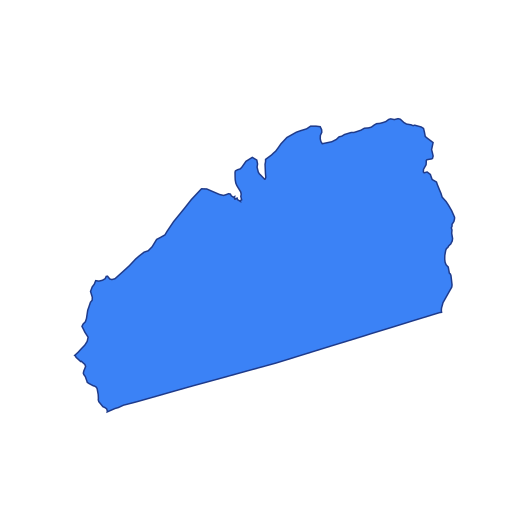 Kongolo, Katanga, Democratic Republic of the Congo (Mercator projection), rotated 163°
{"feature_id": "63176286B90330150002289", "entity_name": "Kongolo", "entity_type": "district", "adm_level": 2, "iso_a3": "COD", "parent_name": "Democratic Republic of the Congo", "parent_adm1": "Katanga", "projection": "mercator", "projection_center": [26.751, -5.433], "detail": "fine", "context": "isolated", "style": "filled", "palette": "blue", "viewbox_px": 512, "rotation_deg": 163, "n_neighbors": 0, "source": "geoboundaries", "source_scale": "gbopen_adm2", "svg_char_len": 3977}
<svg xmlns="http://www.w3.org/2000/svg" viewBox="0 0 512 512"><g transform="rotate(163 256 256)"><path d="M288.5,336.2L301.3,328.9L310.5,322.5L324.7,313.0L333.7,305.7L336.9,302.8L342.4,301.6L346.2,300.9L352.6,295.2L357.6,292.5L361.9,292.4L367.7,290.2L372.0,288.3L380.0,283.7L391.0,278.5L397.5,275.5L400.7,275.6L402.5,276.7L403.9,280.1L405.2,280.3L406.9,278.4L409.9,277.7L413.6,277.9L416.5,279.3L418.9,276.3L421.6,274.4L424.6,270.5L424.6,264.4L425.6,261.6L427.8,260.2L429.4,258.0L430.3,256.7L432.8,253.3L436.4,245.8L438.4,243.0L441.2,241.5L443.0,239.6L442.3,235.6L442.0,233.5L440.3,227.4L442.4,223.7L445.8,220.8L450.8,218.0L454.3,215.9L458.5,213.9L457.9,213.1L457.7,211.8L457.7,211.7L454.5,206.3L454.2,206.3L453.8,206.4L451.4,202.4L451.2,200.3L452.7,198.3L454.3,196.4L455.4,194.4L455.3,192.9L454.5,190.6L454.3,186.0L454.3,184.5L453.0,182.9L449.4,179.3L448.6,179.0L447.3,177.5L447.2,177.4L446.7,175.7L447.4,169.6L448.3,166.1L448.9,164.5L448.9,162.6L446.5,156.7L444.7,155.1L443.5,153.5L443.5,152.3L443.5,151.2L443.9,150.4L435.3,151.4L432.1,151.3L426.2,152.1L424.7,152.0L413.4,151.5L409.5,151.4L378.5,150.8L374.0,150.7L373.1,150.7L358.4,150.4L356.1,150.3L354.3,150.3L342.1,149.9L302.9,148.8L298.4,148.7L268.6,147.8L266.0,147.8L265.7,147.8L265.1,147.8L264.6,147.8L262.5,147.8L210.7,148.0L181.2,148.0L176.0,148.0L169.4,148.1L149.0,148.1L144.1,148.1L124.1,148.2L105.7,148.2L97.3,148.2L95.0,147.9L94.7,149.7L93.8,152.0L93.7,152.2L93.1,153.1L91.7,155.3L90.7,156.9L90.3,157.2L83.6,163.6L78.0,168.9L77.8,169.2L77.4,170.1L77.0,171.0L76.0,176.3L75.3,180.3L75.3,180.5L75.4,181.9L76.1,183.1L75.4,189.3L75.7,189.8L76.2,190.8L76.8,192.1L76.9,193.5L77.0,194.8L76.5,197.6L76.0,199.2L75.3,201.3L74.0,203.9L73.1,205.6L72.9,206.0L72.4,206.6L71.6,207.5L70.7,207.8L69.9,208.2L69.7,208.4L69.3,208.8L69.2,208.9L69.2,209.0L68.8,209.3L67.1,210.2L66.8,210.3L66.2,210.6L65.4,211.5L64.4,212.5L64.0,212.9L62.9,215.2L62.3,220.0L62.3,220.3L61.0,223.6L61.0,224.7L61.0,225.8L60.8,226.0L59.8,227.2L59.7,227.6L59.3,228.9L59.2,229.1L58.4,229.7L57.0,230.9L56.7,231.1L55.8,232.6L55.4,233.3L55.0,234.2L54.8,235.0L55.6,241.9L57.0,248.0L58.3,252.5L60.8,257.9L60.8,261.6L61.2,265.6L61.7,271.2L61.8,274.0L65.2,277.7L65.4,281.9L65.4,283.0L67.8,286.3L70.9,286.4L71.4,287.4L70.5,289.9L68.0,292.3L66.7,293.5L65.7,296.1L65.3,297.5L64.4,298.1L61.8,297.8L59.7,297.5L58.7,297.7L57.4,299.8L57.1,303.6L57.0,306.4L54.6,310.7L53.5,312.7L57.7,318.5L59.2,320.8L58.7,325.5L58.5,329.0L60.3,331.1L66.0,334.7L67.6,334.7L68.8,335.6L69.3,336.1L70.5,336.7L71.5,337.2L73.6,338.2L74.2,339.0L75.5,340.3L77.7,344.1L78.1,344.7L80.0,345.8L83.8,346.0L86.6,347.5L87.0,347.7L87.3,347.8L89.2,347.8L92.5,346.6L95.1,346.5L95.4,346.5L98.8,346.6L102.0,347.3L104.7,346.7L106.9,345.9L108.0,345.5L111.0,345.6L115.0,346.5L117.3,346.0L118.9,345.6L119.3,345.6L124.8,345.5L126.3,345.5L128.8,346.3L129.0,346.3L133.5,346.3L135.9,346.3L138.5,345.6L139.2,345.5L139.4,345.5L141.6,345.7L142.7,345.2L145.0,344.0L150.2,343.1L159.8,344.0L160.5,346.5L160.3,349.3L159.2,352.5L156.9,355.1L156.3,357.6L156.8,360.9L160.6,362.6L165.8,364.2L170.4,362.8L173.3,362.8L176.8,362.8L181.2,362.6L191.8,360.3L199.3,356.0L203.5,352.7L206.5,350.5L209.2,349.3L211.5,348.1L218.6,345.6L219.3,343.4L220.5,341.1L222.8,332.3L223.3,330.0L223.6,328.4L224.7,326.9L225.3,326.9L226.7,329.6L227.9,332.0L228.8,333.6L229.3,335.6L229.0,340.7L227.6,343.5L227.2,347.5L230.7,351.4L237.9,349.5L243.5,345.1L245.6,343.9L248.4,343.9L250.8,343.4L251.4,342.5L251.4,342.4L251.6,342.1L252.7,338.3L253.6,334.9L254.0,331.7L253.9,330.5L253.8,329.7L253.8,329.4L253.5,328.0L251.9,321.8L251.9,321.7L252.1,319.5L252.3,319.0L252.4,318.8L253.1,317.4L253.3,314.0L253.3,313.9L254.8,313.6L254.9,312.7L257.2,315.3L257.2,316.4L257.2,316.9L258.1,316.7L259.5,316.5L259.7,316.8L259.8,317.1L259.0,319.1L259.4,319.0L259.9,318.9L260.4,318.8L261.4,320.0L261.5,320.1L262.0,320.6L262.4,322.7L264.0,323.6L266.9,323.4L269.3,323.4L271.7,324.8L272.9,325.5L283.5,334.5L288.5,336.2Z" fill="#3b82f6" stroke="#1e3a8a" stroke-width="1.5"/></g></svg>